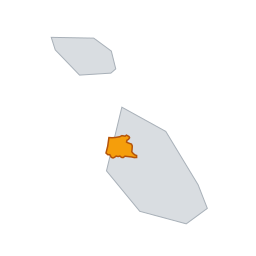 Malta, with Mġarr highlighted, rotated 14°
{"feature_id": "MLT-5924", "entity_name": "Mġarr", "entity_type": "state/province", "adm_level": 1, "iso_a3": "MLT", "parent_name": "Malta", "parent_adm1": "", "projection": "mercator", "projection_center": [14.373, 35.916], "detail": "fine", "context": "in_parent", "style": "filled", "palette": "amber", "viewbox_px": 256, "rotation_deg": 14, "n_neighbors": 0, "source": "natural_earth", "source_scale": "10m", "svg_char_len": 866}
<svg xmlns="http://www.w3.org/2000/svg" viewBox="0 0 256 256"><g transform="rotate(14 128 128)"><path d="M224.4,186.8L207.7,206.9L159.6,206.0L117.5,174.8L117.0,109.3L165.5,122.2L209.8,166.2L224.4,186.8ZM98.1,78.9L68.2,88.4L38.5,69.8L31.6,58.6L73.0,49.1L93.2,57.4L101.8,73.6L98.1,78.9Z" fill="#d9dde1" stroke="#a8b0b8" stroke-width="1"/><path d="M112.7,157.6L112.7,150.5L111.8,141.9L114.9,141.3L118.2,140.2L122.2,138.4L123.9,136.9L127.2,136.6L128.2,135.3L131.0,136.0L131.9,137.1L131.2,138.9L129.9,140.2L130.0,142.0L131.6,142.4L135.3,142.8L136.5,144.4L137.1,147.7L137.4,150.1L139.2,151.5L141.4,152.5L143.0,152.6L143.5,154.5L141.2,155.2L138.6,155.2L135.0,155.7L131.9,156.1L130.4,157.9L128.8,158.1L126.9,157.2L125.3,158.1L123.3,158.1L121.9,159.8L120.7,160.7L118.9,160.5L116.8,158.3L114.9,158.8L112.7,157.6Z" fill="#f59e0b" stroke="#b45309" stroke-width="1.5"/></g></svg>